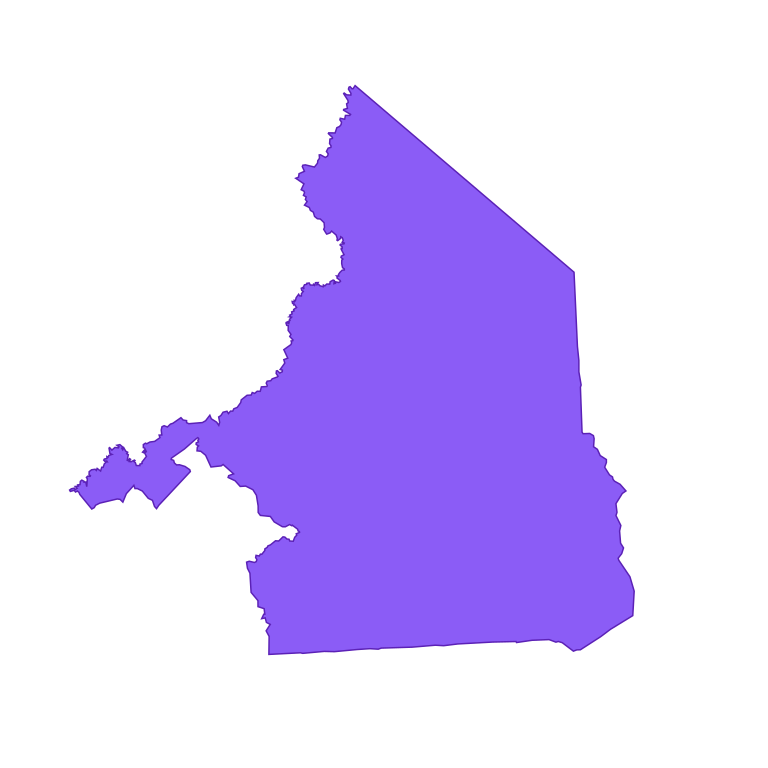 the district of Kilgoris, Rift Valley, Kenya, rotated 191°
{"feature_id": "3690345B49962205101636", "entity_name": "Kilgoris", "entity_type": "district", "adm_level": 2, "iso_a3": "KEN", "parent_name": "Kenya", "parent_adm1": "Rift Valley", "projection": "orthographic", "projection_center": [35.018, -1.222], "detail": "fine", "context": "isolated", "style": "filled", "palette": "violet", "viewbox_px": 768, "rotation_deg": 191, "n_neighbors": 0, "source": "geoboundaries", "source_scale": "gbopen_adm2", "svg_char_len": 6167}
<svg xmlns="http://www.w3.org/2000/svg" viewBox="0 0 768 768"><g transform="rotate(191 384 384)"><path d="M95.6,204.1L98.9,228.4L105.8,241.7L119.9,255.8L120.9,257.7L118.3,262.8L117.6,268.8L121.4,272.9L124.7,284.7L124.5,290.3L131.2,299.1L130.8,302.5L133.5,310.8L129.2,322.0L126.1,325.2L133.1,330.6L139.2,332.6L141.0,334.1L142.0,336.4L145.3,337.8L151.5,344.4L150.7,349.4L151.3,352.3L158.1,355.0L162.1,360.6L166.3,362.4L167.3,370.4L168.6,373.3L172.6,374.7L179.1,373.2L180.4,374.5L190.6,418.4L190.3,420.6L195.0,433.1L197.2,444.3L201.3,457.8L218.8,530.0L469.3,671.4L470.7,668.0L471.7,667.7L474.0,669.4L475.0,668.7L475.2,666.7L471.9,663.0L471.7,661.3L475.8,660.7L478.6,662.0L479.0,661.3L473.6,655.6L472.8,653.4L474.2,651.9L472.5,647.6L476.0,645.8L475.9,645.0L468.3,642.3L468.9,641.1L473.1,640.3L473.1,636.4L477.6,636.5L477.7,634.9L475.7,633.0L475.6,630.5L476.8,628.3L479.2,626.6L479.9,621.1L486.2,620.0L486.4,619.2L481.7,616.2L481.5,615.2L483.8,614.1L483.3,609.6L481.4,607.6L481.3,606.1L483.8,604.9L484.9,601.3L482.7,599.3L482.9,597.0L484.8,595.2L490.1,596.9L491.3,596.5L490.4,593.3L491.6,590.6L491.4,588.1L493.7,583.7L503.0,584.1L505.4,583.3L505.7,581.9L502.7,577.6L507.5,574.3L507.4,570.7L509.9,569.1L500.8,565.2L502.4,558.9L499.3,558.0L498.5,556.5L499.1,553.8L496.1,552.8L496.4,550.1L494.3,548.4L496.2,544.4L491.0,543.0L489.4,540.4L486.2,539.2L484.1,535.2L480.9,533.5L478.0,533.8L473.6,530.9L472.3,526.4L472.7,524.3L469.5,520.8L468.8,520.2L465.8,522.0L464.6,524.1L459.4,521.1L457.6,518.0L457.6,516.2L456.8,515.9L454.4,518.6L454.6,520.3L452.9,519.7L451.4,517.2L452.1,515.1L449.9,514.8L450.0,514.0L453.4,512.9L453.7,512.1L451.2,510.6L450.9,509.0L451.9,508.9L451.7,508.0L447.9,503.3L450.3,501.4L450.4,500.0L448.2,498.8L449.1,497.6L448.5,494.1L446.9,490.3L444.9,489.4L444.7,488.4L446.8,487.7L448.6,485.1L449.6,482.8L449.1,481.4L451.1,481.0L450.3,480.5L450.4,479.1L446.7,477.2L446.3,476.4L447.7,475.0L451.4,475.1L450.9,473.6L452.3,472.9L452.5,476.1L453.8,476.3L456.4,474.1L456.3,471.7L459.3,471.2L460.8,469.0L462.4,469.6L462.3,467.9L465.6,468.2L467.1,469.3L468.8,468.7L468.0,471.0L470.6,470.4L471.0,467.6L472.1,468.3L472.0,467.6L475.3,467.1L476.7,468.9L479.0,468.1L478.9,467.1L481.0,466.2L481.5,464.2L480.7,461.9L482.0,463.3L483.5,462.2L482.6,460.2L480.9,459.5L482.3,456.9L481.9,454.7L483.7,454.4L484.9,455.8L486.7,452.0L486.9,448.8L488.1,449.0L487.8,447.5L489.9,447.5L489.1,445.6L487.7,445.4L487.6,444.5L486.9,444.9L484.4,442.4L486.9,440.0L486.3,438.5L488.4,437.2L487.6,435.3L489.7,433.6L488.7,432.5L489.6,431.9L487.5,431.9L489.1,429.4L488.4,428.4L490.1,427.0L488.9,426.5L489.0,425.1L491.6,425.9L491.9,425.2L490.7,423.0L489.1,423.0L488.3,418.3L484.8,415.0L485.6,412.6L481.8,409.9L481.8,409.1L483.4,408.5L482.5,406.7L482.9,404.9L488.9,398.6L483.4,391.0L487.0,388.8L485.4,385.6L488.7,378.4L486.4,378.2L486.2,376.6L488.4,374.9L491.2,376.7L492.1,376.3L491.9,373.8L489.5,371.4L490.0,370.6L494.8,367.7L495.8,365.6L499.2,364.5L499.8,362.4L498.3,360.3L498.5,359.2L503.8,357.8L504.1,353.2L507.1,352.7L509.2,350.1L511.7,350.5L512.3,347.8L516.3,346.8L521.1,341.2L521.1,338.5L523.6,333.0L526.7,331.0L527.3,328.5L529.5,328.1L531.1,325.3L532.9,327.3L536.6,325.6L538.1,321.9L540.0,320.1L538.0,315.0L538.3,311.9L541.0,314.6L546.9,316.9L549.0,320.1L552.1,313.9L554.9,311.5L568.0,307.8L570.4,308.4L570.8,310.4L574.3,310.3L576.9,312.2L583.7,305.2L586.0,303.9L588.4,300.5L591.9,301.1L593.8,299.7L593.9,296.3L592.4,291.6L595.0,290.9L593.7,288.6L598.2,283.9L602.7,282.4L605.5,280.1L606.9,280.4L608.7,278.6L608.1,275.6L606.7,275.4L604.4,272.2L605.2,271.4L606.8,273.1L608.0,271.0L605.6,270.4L603.4,267.6L606.7,261.1L606.3,259.8L608.3,258.8L608.1,257.3L611.6,256.7L613.1,259.4L614.7,260.2L613.9,261.4L614.5,261.7L617.5,259.4L619.3,259.3L618.4,261.7L619.5,262.2L620.8,260.0L621.5,260.1L621.5,265.9L623.3,266.5L622.6,268.1L624.7,268.8L627.2,271.7L627.9,269.5L629.2,270.9L628.3,272.2L631.7,274.1L634.5,272.9L632.2,271.8L632.6,270.6L636.0,270.4L638.5,267.2L641.2,269.2L641.7,268.6L639.8,263.5L637.6,263.0L640.5,261.3L640.9,259.5L642.2,259.9L641.7,258.0L644.2,257.0L644.6,255.8L643.4,254.9L641.4,255.5L640.8,254.8L641.6,254.7L643.3,252.3L643.8,248.6L645.2,248.4L645.6,244.5L649.5,246.4L649.9,244.3L651.3,245.2L654.7,244.0L656.7,241.7L656.2,238.7L654.7,238.0L654.8,237.3L657.4,236.9L658.3,235.5L657.1,234.3L656.2,226.5L658.0,230.9L659.7,230.4L659.8,231.2L662.3,232.0L663.5,230.5L663.2,227.2L665.4,226.5L664.6,225.4L667.5,224.5L665.3,223.1L667.0,221.5L668.1,222.7L670.9,221.5L672.4,219.9L671.4,218.7L667.8,220.5L666.2,219.1L664.6,220.4L662.7,219.4L661.6,217.6L647.0,205.5L644.8,207.4L644.0,209.9L640.3,212.8L624.0,220.2L621.1,220.4L617.8,218.2L616.0,227.2L610.2,236.8L608.5,233.8L606.2,234.3L600.8,232.8L593.6,226.8L589.1,225.6L585.9,220.0L583.5,218.2L581.9,222.0L557.4,261.1L558.3,262.8L563.6,265.1L569.3,265.7L572.2,265.0L574.7,266.5L575.9,268.9L578.5,269.3L578.5,270.7L567.5,282.1L558.2,294.1L556.6,295.8L555.8,295.4L555.3,294.6L556.0,293.3L555.1,291.8L557.1,290.3L556.9,288.8L554.2,287.8L555.2,286.3L554.8,282.7L551.0,283.0L545.5,280.0L538.0,269.5L528.1,272.6L526.6,274.3L514.5,267.1L519.0,264.4L519.2,262.5L511.7,260.6L505.6,256.0L500.3,257.4L492.5,255.2L488.0,250.4L484.3,240.3L483.0,233.9L480.3,231.4L470.3,232.3L465.5,227.7L456.5,224.5L453.6,225.0L449.9,228.0L447.4,227.3L447.0,227.9L441.1,225.0L440.3,223.4L438.9,223.0L438.6,222.2L441.6,220.2L440.8,219.0L442.4,216.5L443.1,212.3L446.6,211.9L447.6,213.5L449.7,213.3L452.1,214.8L454.0,214.7L457.4,209.8L460.6,209.4L464.8,204.4L467.1,202.9L467.5,201.3L469.5,199.4L469.2,197.8L471.5,193.5L472.9,193.4L473.6,191.4L476.9,191.4L476.9,189.1L475.3,187.4L475.5,185.3L477.1,184.1L482.5,184.3L484.9,182.9L482.9,177.1L479.5,172.7L474.7,154.1L466.4,147.3L465.2,141.4L458.8,140.6L457.1,135.3L458.1,135.1L459.3,130.3L456.0,131.7L453.9,127.5L449.8,126.3L452.6,119.2L448.6,114.3L445.4,96.6L414.7,104.2L412.4,104.1L391.7,110.1L381.6,111.8L359.5,118.3L347.3,121.5L339.0,122.6L336.4,124.2L306.0,131.1L283.7,137.4L275.5,138.5L262.0,142.9L228.2,151.4L205.3,156.4L204.6,155.5L189.7,160.7L173.2,164.6L166.0,163.4L163.8,164.5L159.7,164.1L147.1,157.9L144.0,159.8L140.5,160.6L123.2,177.2L114.8,186.5L95.6,204.1Z" fill="#8b5cf6" stroke="#5b21b6" stroke-width="1.5"/></g></svg>